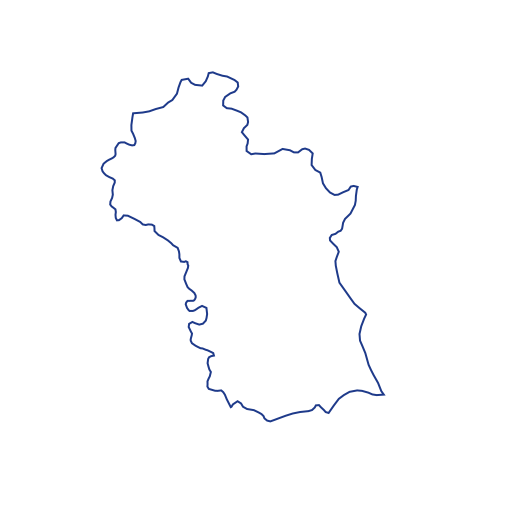 outline of Lyakhavichy, Brest, Belarus, rotated 298°
{"feature_id": "67162791B80813457147779", "entity_name": "Lyakhavichy", "entity_type": "district", "adm_level": 2, "iso_a3": "BLR", "parent_name": "Belarus", "parent_adm1": "Brest", "projection": "albers", "projection_center": [26.164, 52.904], "detail": "fine", "context": "isolated", "style": "outline", "palette": "blue", "viewbox_px": 512, "rotation_deg": 298, "n_neighbors": 0, "source": "geoboundaries", "source_scale": "gbopen_adm2", "svg_char_len": 3741}
<svg xmlns="http://www.w3.org/2000/svg" viewBox="0 0 512 512"><g transform="rotate(298 256 256)"><path d="M364.7,313.3L363.7,309.3L361.8,307.1L357.7,306.7L353.2,303.0L348.7,299.7L346.8,296.7L346.8,291.5L348.7,285.9L351.6,281.0L356.5,276.9L359.8,273.6L359.8,268.0L362.4,262.4L368.0,259.7L373.2,257.9L374.6,253.0L373.9,248.9L372.0,246.7L367.2,244.5L365.3,240.8L365.3,236.3L363.0,229.2L355.2,224.0L349.9,215.5L346.2,207.3L343.6,204.0L344.3,198.4L348.4,196.2L351.4,195.8L355.1,194.3L357.3,188.7L358.7,185.4L363.2,185.3L367.7,186.8L370.6,186.1L374.3,183.4L375.1,180.5L375.8,175.3L375.4,171.2L374.6,165.2L372.8,160.8L373.5,156.3L377.9,154.1L382.0,154.1L387.6,157.0L391.0,160.0L393.6,160.7L397.3,160.7L400.6,158.4L401.3,154.4L400.9,146.2L399.4,141.7L398.3,135.8L397.9,131.7L395.3,128.4L391.9,129.2L386.7,129.6L381.2,128.5L378.5,121.8L378.5,117.4L380.7,112.9L376.6,107.7L374.7,107.7L374.0,107.7L368.5,108.5L362.2,110.0L354.4,108.9L350.3,106.4L344.0,104.2L338.8,98.6L333.6,93.8L329.5,88.6L324.3,80.5L320.4,81.8L313.1,84.5L308.2,87.2L306.2,90.1L303.2,93.7L301.0,95.8L298.9,96.5L296.8,96.5L295.5,94.7L294.8,91.9L294.6,89.0L294.6,86.6L292.9,83.4L291.2,81.8L285.4,81.2L283.5,82.0L280.0,84.2L278.4,84.6L276.2,83.9L274.5,82.9L271.9,81.0L269.8,79.7L266.0,78.1L261.1,78.4L258.7,80.8L257.7,83.0L256.9,85.6L256.8,89.4L257.1,93.2L256.5,95.8L254.5,96.8L250.7,97.1L246.7,98.3L242.9,100.8L239.7,101.7L235.8,101.9L233.0,103.1L232.0,105.2L231.7,107.3L231.2,110.0L229.0,111.6L226.4,112.6L223.8,114.3L222.2,116.5L223.3,118.2L226.4,119.7L229.7,120.1L231.4,123.9L231.7,131.3L231.7,137.8L230.7,141.2L231.6,144.1L233.3,146.0L234.8,149.3L234.7,152.1L232.5,153.5L230.4,154.7L228.8,160.0L228.9,165.1L228.4,170.9L227.5,175.2L226.6,177.7L226.5,180.5L226.4,183.0L223.9,185.8L221.6,187.5L218.3,189.3L215.9,192.3L217.1,195.4L218.4,196.5L218.4,198.4L216.6,199.5L215.7,200.7L213.4,201.5L210.4,201.8L204.5,202.4L201.8,203.7L198.7,207.3L196.4,210.2L195.7,212.4L195.3,215.4L194.4,218.9L192.8,221.2L191.4,222.1L189.7,222.4L187.9,222.2L186.9,221.5L186.0,219.8L185.5,218.9L184.2,216.6L182.1,216.2L180.4,216.6L179.0,218.1L177.7,219.6L176.5,222.1L176.3,223.2L177.9,226.1L179.3,227.4L181.3,228.5L183.3,229.5L186.6,231.8L186.9,236.6L181.8,240.1L178.1,241.4L175.4,242.0L171.3,240.9L168.8,238.1L168.1,233.9L167.9,230.8L164.7,228.8L161.7,229.9L158.7,234.0L157.5,235.9L155.7,236.5L153.0,237.1L151.4,237.6L150.5,238.2L148.9,240.4L148.7,242.2L148.4,244.7L148.4,247.0L148.5,250.2L149.3,252.3L149.6,255.6L150.0,257.5L150.2,262.0L150.2,263.8L148.3,265.6L146.6,263.5L144.6,262.1L142.6,262.1L138.6,263.6L136.0,266.0L133.9,268.1L132.4,270.6L128.0,271.7L125.8,271.7L122.6,272.0L119.9,273.5L117.9,274.4L116.5,276.7L117.8,283.1L118.9,285.4L121.0,288.4L120.4,291.0L118.9,293.7L115.9,297.3L110.7,304.7L111.3,305.1L114.2,305.3L119.1,307.9L118.8,312.0L116.8,315.3L116.7,319.9L118.9,326.5L119.1,331.9L119.0,335.1L118.2,337.8L116.6,339.7L115.9,343.1L116.7,346.3L119.9,349.2L123.3,352.2L129.0,357.3L134.2,362.4L138.9,368.1L143.7,375.2L146.3,377.8L149.8,379.0L152.2,379.0L153.9,381.6L153.0,384.1L151.9,388.2L150.9,390.8L151.5,393.8L160.6,394.9L168.8,396.2L174.5,398.9L180.0,402.4L184.8,408.4L186.7,412.9L188.1,419.4L188.4,423.7L189.8,427.8L193.6,433.9L195.5,430.1L201.2,423.4L206.1,415.7L209.3,411.1L212.8,406.5L221.6,398.1L226.2,392.5L230.1,387.6L235.7,384.0L243.4,381.9L251.5,380.9L256.0,380.7L257.2,379.1L258.6,371.7L260.0,365.4L263.1,359.1L266.3,352.8L271.6,342.2L278.9,335.9L284.9,331.0L288.8,328.5L293.0,327.8L298.6,327.1L301.7,323.2L303.1,318.3L304.5,314.1L306.6,312.7L310.1,313.0L312.9,315.8L316.1,317.2L318.0,318.9L320.5,319.2L323.3,318.3L326.3,317.3L330.6,317.2L334.6,318.5L337.8,319.5L347.5,319.4L351.6,318.1L356.0,316.0L362.0,313.8L364.7,313.3Z" fill="none" stroke="#1e3a8a" stroke-width="2"/></g></svg>